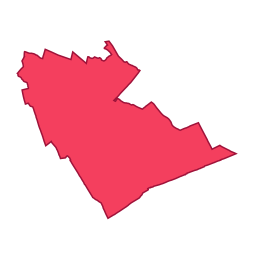 Roma, Botosani, Romania, rotated 175°
{"feature_id": "2599482B63715115104271", "entity_name": "Roma", "entity_type": "district", "adm_level": 2, "iso_a3": "ROU", "parent_name": "Romania", "parent_adm1": "Botosani", "projection": "mercator", "projection_center": [26.588, 47.842], "detail": "fine", "context": "isolated", "style": "filled", "palette": "rose", "viewbox_px": 256, "rotation_deg": 175, "n_neighbors": 0, "source": "geoboundaries", "source_scale": "gbopen_adm2", "svg_char_len": 5881}
<svg xmlns="http://www.w3.org/2000/svg" viewBox="0 0 256 256"><g transform="rotate(175 128 128)"><path d="M224.5,212.9L224.8,211.3L225.1,209.0L225.2,208.6L224.9,208.4L226.4,206.0L227.8,204.0L227.4,202.8L227.3,202.0L227.1,201.4L226.9,199.1L226.9,198.2L227.0,198.1L229.7,195.8L231.9,193.6L233.2,192.2L233.4,192.1L233.2,191.9L232.9,190.8L232.9,190.3L233.0,189.8L233.0,189.7L232.9,189.6L232.8,189.4L232.3,188.9L231.7,188.7L231.4,188.5L230.8,188.1L230.3,187.7L230.0,187.3L229.8,186.6L229.7,186.4L229.5,186.0L229.4,185.9L229.3,185.7L228.9,185.4L228.4,184.7L228.2,184.5L228.0,183.9L227.7,183.6L227.2,183.2L226.2,182.8L225.4,182.4L224.6,181.9L224.5,181.7L224.4,181.4L224.4,180.9L224.3,180.1L224.1,179.8L224.0,178.8L224.1,178.2L224.0,177.8L223.8,177.5L223.7,176.9L223.8,176.4L223.8,176.1L230.2,175.1L230.0,173.1L229.8,171.3L229.4,168.0L228.8,164.3L228.4,162.5L228.1,160.8L225.3,161.4L225.1,161.3L224.2,159.6L223.5,158.4L223.4,158.3L221.2,157.4L221.0,157.2L220.9,156.9L220.7,156.1L220.6,155.7L220.3,154.9L220.1,153.5L219.2,149.9L219.1,149.3L218.7,148.5L218.7,148.2L218.6,146.8L217.8,143.7L217.2,140.6L216.7,138.1L216.1,135.7L215.3,133.1L214.6,130.2L214.4,129.7L214.3,129.2L214.2,128.7L213.9,127.9L213.8,127.0L213.6,126.6L213.5,125.8L213.0,123.6L212.9,123.2L212.8,122.5L211.9,119.1L211.5,117.5L208.5,119.4L205.6,121.3L205.4,120.7L205.3,120.4L205.0,119.8L202.1,115.8L201.6,115.1L201.4,114.8L201.1,113.9L200.9,113.2L200.3,111.9L200.1,111.3L199.3,108.5L199.1,107.3L198.9,106.8L198.6,106.2L198.3,105.3L198.1,104.4L197.9,103.5L193.0,103.7L192.4,104.2L192.2,104.6L191.7,105.1L191.4,105.3L190.8,105.5L190.4,105.2L189.7,104.4L188.7,103.2L188.5,102.8L188.4,102.5L188.4,102.2L188.4,101.8L188.3,101.5L188.0,101.3L188.0,101.2L188.4,101.0L188.5,100.7L188.1,100.1L187.7,99.5L187.4,98.6L185.7,95.2L182.1,88.2L181.2,86.3L180.5,84.6L179.9,83.7L179.3,82.6L178.1,80.0L177.2,78.3L176.8,77.5L176.7,77.0L176.2,75.6L175.9,75.3L175.6,75.1L173.4,70.5L170.0,63.7L169.2,62.1L169.2,61.9L168.1,61.1L167.7,60.7L167.0,60.0L166.4,59.5L165.3,58.9L164.5,58.3L163.5,57.3L161.4,55.8L161.1,55.2L160.5,53.5L160.0,52.3L159.6,50.1L159.3,49.4L158.8,48.1L157.5,44.2L155.8,39.8L150.1,42.6L149.2,42.9L148.9,43.0L147.1,44.1L145.7,44.8L145.1,45.2L144.5,45.4L135.8,50.2L135.4,50.5L134.8,50.8L133.7,51.7L131.1,53.3L124.7,56.4L122.9,57.3L122.1,58.1L121.2,59.2L120.3,59.9L119.9,60.3L119.2,61.6L118.7,62.1L118.3,62.3L113.5,64.5L113.2,64.8L113.2,65.0L113.5,65.6L113.6,65.9L112.2,66.5L110.8,66.9L110.8,66.6L109.5,67.0L108.5,67.1L108.1,67.2L107.6,67.7L101.6,68.8L99.8,69.3L98.3,69.6L95.1,70.6L93.2,71.3L91.5,71.8L89.1,72.3L85.6,73.3L84.8,73.5L84.2,73.8L83.1,74.1L80.4,75.1L79.1,75.4L78.7,75.6L77.8,75.8L75.7,76.5L75.4,76.4L75.1,76.4L75.0,76.6L75.0,76.8L73.2,77.4L73.1,77.9L71.4,78.2L70.3,78.6L64.7,80.1L64.4,80.1L62.8,80.4L60.9,81.2L59.9,81.3L59.7,81.4L59.3,81.7L58.9,81.7L58.4,81.9L57.9,82.0L56.6,82.5L55.6,82.7L55.4,82.9L54.9,83.5L51.7,84.2L43.8,86.5L41.4,87.3L40.1,87.5L38.4,88.0L38.5,88.2L37.8,88.5L35.3,89.0L22.6,93.0L22.9,93.2L25.6,94.7L28.1,96.0L28.4,96.3L28.5,96.5L28.8,96.7L29.7,97.2L36.0,101.1L37.6,102.3L38.0,102.7L44.5,100.2L46.1,99.5L47.2,102.3L49.7,108.1L50.2,109.7L51.1,111.8L54.7,120.4L56.8,125.5L57.4,127.1L66.0,124.6L66.8,124.2L67.6,123.8L68.4,123.6L69.9,123.0L70.4,123.0L72.0,122.6L75.3,121.5L76.2,121.2L77.2,121.7L78.2,122.5L79.4,123.1L79.8,123.3L81.4,124.5L82.4,125.3L83.1,126.1L83.5,126.6L83.8,127.1L84.1,127.9L84.6,129.8L84.7,130.1L84.9,130.6L85.9,132.3L86.7,133.5L87.3,134.1L88.2,134.9L91.1,136.9L92.1,137.8L93.6,139.6L97.9,145.9L100.0,149.4L101.0,150.5L101.7,151.1L102.3,151.6L102.5,151.8L103.3,151.3L107.0,148.9L108.0,148.4L108.7,147.8L109.1,147.5L111.2,146.2L111.8,145.6L112.1,145.6L116.2,147.7L118.4,149.1L119.7,150.1L120.3,150.5L120.7,150.7L121.1,150.9L121.3,150.9L122.3,150.6L123.6,151.3L124.7,152.2L125.1,152.4L126.4,152.7L127.5,153.1L128.6,153.2L130.1,153.7L130.4,153.9L131.1,154.5L132.0,155.1L133.1,156.0L133.3,156.2L133.7,156.9L134.2,157.3L134.7,157.6L135.8,158.4L135.9,158.2L136.1,158.3L136.3,158.1L137.0,157.2L137.3,156.8L137.8,156.2L138.0,155.8L138.2,155.7L138.3,155.7L139.4,156.5L139.7,156.7L138.4,157.8L137.5,158.6L137.0,159.0L136.7,159.2L134.6,161.0L132.9,162.8L130.9,164.6L128.2,167.0L125.9,169.0L125.1,169.7L123.6,171.2L122.6,172.0L122.3,172.3L121.7,172.7L121.7,172.8L121.2,173.2L115.0,179.8L113.8,181.1L113.2,181.7L112.3,182.8L111.1,184.2L111.7,184.7L111.9,184.8L112.9,185.0L113.2,185.1L113.3,185.3L113.5,185.7L113.7,186.3L114.1,187.0L114.7,187.6L115.2,188.1L115.6,188.2L116.2,188.6L117.4,189.2L118.2,189.9L119.1,190.0L119.7,190.6L120.1,190.7L121.1,191.3L121.6,191.5L122.1,192.2L122.3,192.4L122.6,192.8L122.9,193.2L123.1,193.8L123.4,194.0L123.6,194.1L124.0,194.1L124.3,194.0L124.8,193.7L125.0,193.7L125.9,194.1L126.1,194.2L126.1,194.3L126.3,194.4L126.7,194.7L126.9,195.1L127.2,195.6L127.7,196.2L128.4,197.1L131.3,200.4L136.3,211.2L139.4,216.2L143.2,215.9L141.2,212.4L142.1,212.0L144.6,209.8L144.6,209.3L144.1,209.0L143.5,208.8L142.8,208.4L141.4,207.4L141.0,206.9L140.0,205.8L139.4,205.1L137.9,202.6L138.1,202.4L138.9,201.9L139.8,201.5L141.1,201.0L141.3,200.8L141.7,200.4L142.6,199.9L143.2,199.4L143.6,198.6L143.8,198.3L144.3,197.9L145.1,197.3L145.4,197.2L145.7,197.1L146.0,196.9L146.4,196.9L146.9,197.1L147.3,197.5L147.5,197.6L148.1,197.7L148.3,197.8L148.5,198.2L148.7,199.0L148.9,199.5L149.7,200.2L150.1,200.5L150.4,200.5L151.2,200.1L151.9,200.1L155.1,201.7L155.8,201.2L157.0,200.5L157.9,200.5L159.8,201.2L160.8,202.3L161.8,202.4L162.6,200.2L163.9,196.0L176.4,208.6L178.9,201.2L191.2,206.7L197.5,210.3L203.6,213.6L204.9,210.2L205.3,209.2L205.5,208.6L206.3,206.8L207.0,204.6L207.9,204.9L208.7,205.1L209.1,205.3L210.1,206.1L210.7,206.9L212.0,208.1L212.5,208.6L213.3,208.7L213.5,208.9L213.7,209.2L214.8,209.8L215.1,210.1L217.8,210.9L219.3,211.0L220.1,211.2L220.8,211.5L222.4,212.3L223.5,212.8L223.9,212.9L224.2,213.1L224.4,213.0L224.5,212.9Z" fill="#f43f5e" stroke="#9f1239" stroke-width="1.5"/></g></svg>